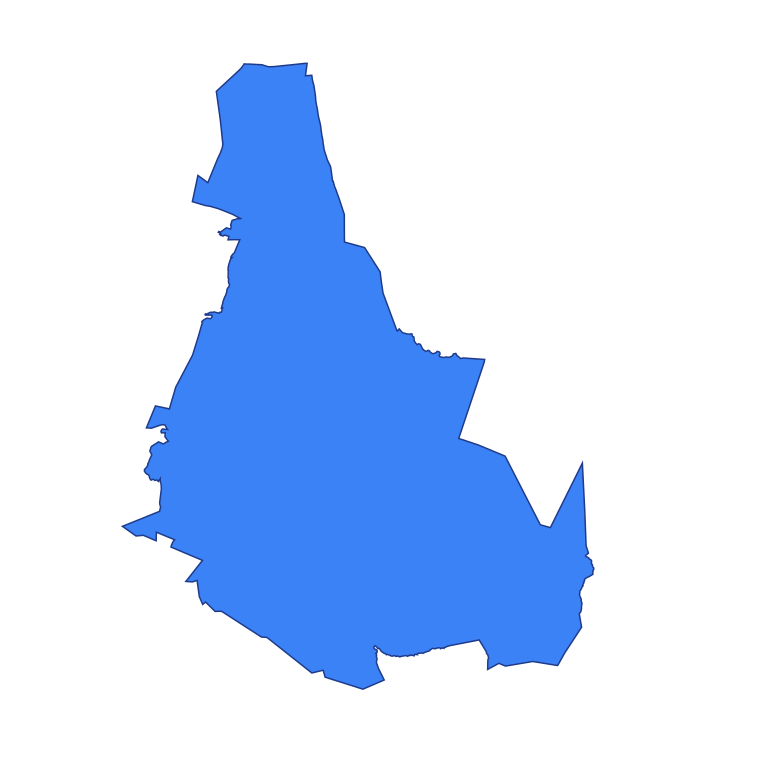 outline of Cerro de San Pedro, San Luis Potosí, Mexico, rotated 99°
{"feature_id": "50627088B42446893123759", "entity_name": "Cerro de San Pedro", "entity_type": "district", "adm_level": 2, "iso_a3": "MEX", "parent_name": "Mexico", "parent_adm1": "San Luis Potosí", "projection": "robinson", "projection_center": [-100.785, 22.201], "detail": "fine", "context": "isolated", "style": "filled", "palette": "blue", "viewbox_px": 768, "rotation_deg": 99, "n_neighbors": 0, "source": "geoboundaries", "source_scale": "gbopen_adm2", "svg_char_len": 6145}
<svg xmlns="http://www.w3.org/2000/svg" viewBox="0 0 768 768"><g transform="rotate(99 384 384)"><path d="M680.7,410.1L680.5,409.5L676.2,399.3L682.8,396.3L688.7,357.1L676.3,337.5L665.9,344.9L660.2,348.0L658.5,348.0L656.7,347.8L654.3,348.9L653.0,348.9L652.0,349.3L651.3,350.0L650.6,349.0L648.9,348.9L647.7,349.8L647.5,351.0L646.8,352.4L645.2,352.8L644.0,351.9L644.3,351.0L645.3,349.6L646.3,348.9L645.9,347.2L648.3,345.1L649.3,343.2L650.1,341.6L650.0,341.0L650.4,339.9L651.0,339.3L650.6,338.9L650.7,337.8L650.9,336.4L651.0,335.5L651.5,334.8L651.4,332.8L651.1,332.2L650.8,331.6L650.7,330.4L651.2,329.8L651.0,329.1L650.6,328.1L650.6,327.4L650.8,326.8L651.1,325.9L650.7,325.0L650.0,323.5L649.6,322.3L649.1,320.8L648.8,319.4L649.3,318.2L648.3,317.0L648.2,315.9L647.5,315.6L647.6,314.2L647.4,313.9L647.8,312.3L647.7,311.7L647.2,311.7L646.3,311.4L646.1,309.0L645.8,309.4L644.3,307.4L644.3,306.7L644.2,305.8L643.8,305.1L643.8,303.1L642.2,301.1L641.9,300.0L641.5,299.7L641.3,299.1L640.8,298.0L640.0,296.9L639.5,296.9L637.8,295.1L637.4,294.2L637.5,293.6L637.6,293.1L637.5,292.4L637.4,291.8L637.0,291.2L636.4,290.2L636.4,289.7L636.1,289.1L636.0,288.4L635.8,287.6L636.0,287.4L636.6,286.6L636.1,286.1L635.9,285.7L635.7,284.8L635.3,284.2L635.7,283.4L635.1,283.2L634.7,282.6L634.4,282.1L633.5,280.9L632.1,278.0L621.9,250.0L632.6,240.9L633.9,240.7L635.3,239.1L637.9,237.9L638.5,238.0L640.5,238.2L649.7,237.0L641.9,226.8L643.6,219.9L634.8,193.7L634.9,168.6L634.0,168.1L621.3,163.4L593.3,150.8L580.4,155.2L578.5,154.1L576.1,153.8L574.1,153.9L572.7,154.2L570.6,154.1L569.5,154.2L567.3,155.4L566.1,155.5L565.3,155.8L563.9,156.6L563.3,157.3L561.9,157.8L560.2,157.9L558.5,158.1L557.0,157.9L556.3,157.3L553.5,156.6L552.1,155.8L551.3,156.4L550.7,156.2L549.9,155.7L548.8,155.5L547.7,155.6L547.0,155.1L545.4,155.4L543.0,152.8L542.1,151.2L539.3,147.9L538.4,148.3L537.8,148.2L537.4,148.3L536.8,148.2L536.4,148.4L536.1,148.6L535.7,148.4L535.4,148.2L534.9,148.0L533.5,147.9L533.0,148.0L532.5,148.4L532.0,149.2L531.3,149.5L530.6,149.8L530.3,149.8L529.5,150.2L529.2,150.6L529.1,150.9L528.7,151.1L528.0,151.2L527.0,151.2L526.5,151.2L526.1,151.4L525.6,151.8L525.2,152.2L524.9,153.4L524.8,153.7L524.3,154.2L523.9,154.4L523.6,154.9L523.3,155.8L522.9,157.4L522.2,158.1L521.7,157.9L521.2,157.5L520.7,156.9L519.1,155.6L512.1,159.1L479.2,165.6L431.1,175.7L499.8,197.2L498.6,207.6L436.3,253.1L429.4,281.7L426.1,301.7L347.1,288.5L344.0,288.4L345.9,309.8L346.9,312.4L346.2,313.3L345.2,314.9L344.6,316.3L343.5,317.1L342.6,317.9L343.4,320.1L345.3,320.7L347.0,322.9L347.7,325.0L347.5,326.7L348.4,328.8L348.5,330.5L348.3,331.6L348.5,332.9L347.9,333.7L347.0,333.9L345.7,333.3L344.7,333.6L343.8,334.2L343.5,335.6L343.4,336.3L343.8,336.9L344.6,337.3L345.4,338.2L345.8,339.0L346.3,339.9L346.2,341.6L345.2,343.3L344.0,344.6L343.8,345.7L344.5,346.4L345.2,347.6L344.6,349.4L343.5,351.1L341.8,352.5L340.0,353.6L339.0,354.7L338.9,356.1L339.9,357.4L338.7,359.1L336.9,360.7L334.7,361.4L333.1,361.7L332.7,362.4L332.6,363.0L332.0,363.6L330.2,364.2L330.2,364.9L330.7,366.6L330.9,368.0L330.9,370.3L330.6,371.4L330.6,373.6L327.2,377.6L329.0,378.8L329.6,379.2L329.3,379.6L294.3,399.2L284.5,402.3L273.8,405.4L252.3,424.5L250.0,445.2L245.2,446.1L222.8,449.7L208.0,457.3L198.9,462.3L196.5,463.8L191.5,466.0L191.5,466.6L181.2,469.6L177.4,470.9L174.7,472.8L171.2,475.2L168.2,476.6L165.2,478.2L161.6,479.9L158.3,480.9L154.8,482.1L152.5,482.6L147.8,484.4L141.4,486.3L139.5,486.8L137.8,487.4L135.0,488.5L131.8,489.9L129.2,490.9L124.6,492.3L122.1,493.1L119.7,494.1L114.9,495.7L110.1,496.8L100.5,499.8L95.3,502.1L90.8,503.5L90.4,503.6L91.8,509.8L79.3,510.1L79.7,512.3L83.1,524.9L86.4,537.4L87.6,541.8L88.5,546.2L88.7,547.9L88.7,548.2L88.3,551.2L87.8,554.2L87.9,555.9L88.3,559.3L89.1,567.3L89.4,569.1L89.5,569.4L89.7,572.2L90.0,572.2L93.5,574.0L94.1,574.2L94.3,574.4L96.8,576.2L121.2,595.4L134.9,591.2L148.4,587.1L158.4,584.4L167.9,581.9L171.4,580.9L171.7,580.8L173.0,580.7L176.3,580.7L177.0,580.8L177.7,581.1L181.2,581.7L186.8,583.4L212.7,589.5L207.1,600.4L233.9,601.8L235.7,588.3L235.7,583.5L236.7,575.3L239.2,564.0L240.2,559.8L240.8,558.1L241.9,555.0L243.0,551.5L243.3,552.1L243.5,553.9L244.0,555.4L244.7,556.4L245.2,557.6L245.6,558.7L246.1,559.3L246.4,559.7L247.5,559.8L249.8,560.2L251.3,560.3L251.8,559.7L252.5,559.6L255.0,559.8L254.4,564.1L259.7,569.4L259.1,570.8L260.0,571.4L260.8,569.0L261.8,569.6L262.0,568.3L262.7,568.6L263.0,566.0L261.9,564.8L262.4,560.3L266.0,560.6L264.9,554.7L264.1,549.0L277.7,552.3L279.8,553.9L282.1,555.0L283.6,555.0L283.2,554.0L284.7,555.0L286.0,555.4L287.6,555.6L290.2,556.0L293.3,556.2L294.9,555.9L296.1,555.9L296.5,555.5L302.0,554.8L303.8,554.5L304.9,553.7L305.9,553.8L307.0,553.6L308.6,553.3L309.8,552.1L312.0,552.4L312.9,552.7L313.6,553.4L314.3,553.6L315.2,553.8L318.1,553.8L320.8,554.2L323.2,555.0L325.1,555.4L327.4,555.8L329.8,556.0L332.3,556.3L334.6,556.5L334.2,555.3L335.7,555.6L337.7,555.7L338.5,555.9L339.0,557.7L339.9,558.1L339.4,563.3L340.1,564.5L340.2,566.4L340.7,567.2L341.3,567.9L341.6,568.7L342.5,568.6L342.6,571.1L343.1,571.6L343.9,571.2L342.9,564.6L343.7,564.5L344.4,564.4L346.4,565.2L346.7,566.0L346.6,567.6L346.6,569.1L348.6,571.8L350.0,573.0L350.9,573.7L352.3,573.1L353.8,573.3L366.1,574.8L385.4,577.6L419.7,589.2L442.2,592.1L441.4,606.3L464.5,611.8L464.0,606.7L459.4,598.1L458.7,595.1L458.7,594.1L459.3,593.5L462.3,591.3L462.8,590.7L463.0,593.5L463.0,595.5L464.1,596.5L465.8,596.9L467.1,596.2L466.4,592.5L470.4,592.1L474.3,588.0L475.7,590.3L476.9,591.5L477.7,592.8L476.4,597.6L478.6,600.0L481.8,603.7L482.9,604.2L486.8,604.8L490.3,602.3L496.0,603.9L497.4,604.0L499.7,604.8L500.9,604.6L503.0,605.3L506.0,607.2L507.6,607.0L509.4,605.3L510.2,603.9L510.4,602.6L511.8,601.4L513.1,601.0L514.5,600.1L515.4,599.0L514.2,597.2L515.1,595.1L514.3,593.4L515.5,591.7L512.4,590.2L515.6,589.7L517.4,588.6L522.4,587.5L536.5,587.0L538.7,586.3L540.3,585.4L544.9,585.8L565.5,620.1L572.9,605.1L571.1,598.1L574.5,584.5L566.0,585.6L570.6,566.4L572.4,567.6L576.2,568.7L578.4,568.9L586.6,535.7L610.0,548.8L609.4,542.1L607.2,537.9L622.8,533.2L630.1,528.6L627.3,526.1L635.0,515.3L633.9,508.9L653.1,465.5L652.6,460.0L680.7,410.1Z" fill="#3b82f6" stroke="#1e3a8a" stroke-width="1.5"/></g></svg>